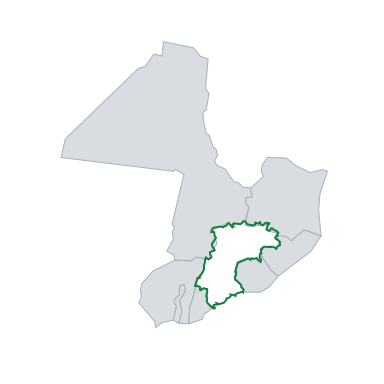 Guinea highlighted among its neighbors, rotated 284°
{"feature_id": "GIN", "entity_name": "Guinea", "entity_type": "country or territory", "adm_level": 0, "iso_a3": "GIN", "parent_name": "Africa", "parent_adm1": "", "projection": "albers", "projection_center": [-10.714, 9.945], "detail": "medium", "context": "with_neighbors", "style": "outline", "palette": "green", "viewbox_px": 384, "rotation_deg": 284, "n_neighbors": 7, "source": "natural_earth", "source_scale": "50m", "svg_char_len": 4282}
<svg xmlns="http://www.w3.org/2000/svg" viewBox="0 0 384 384"><g transform="rotate(284 192 192)"><path d="M63.2,204.9L58.1,194.5L51.7,189.6L57.4,187.2L71.5,167.2L77.8,168.4L84.1,165.6L91.2,165.6L105.8,173.1L121.9,192.0L125.0,207.8L129.8,211.6L130.3,220.8L117.5,222.3L108.2,219.0L78.1,217.9L63.4,220.9L61.4,210.7L73.2,211.2L83.5,206.3L94.6,209.5L100.2,206.6L97.7,202.7L89.4,204.8L84.3,201.5L80.2,201.6L77.3,204.7L63.2,204.9Z" fill="#d9dde1" stroke="#a8b0b8" stroke-width="1"/><path d="M131.1,225.7L129.8,211.6L125.0,207.8L121.9,192.0L126.3,189.6L128.5,181.8L141.5,185.2L148.8,182.6L153.7,183.5L155.6,180.5L207.2,179.8L209.9,170.5L207.6,169.0L193.8,56.7L212.9,56.2L299.1,110.2L302.4,116.2L316.4,121.5L316.8,129.9L330.9,128.0L332.3,158.2L325.7,167.3L324.9,175.5L296.1,179.9L291.6,184.7L275.1,185.9L271.8,183.4L264.8,185.5L252.9,191.3L250.6,195.5L240.7,201.7L239.0,205.2L233.7,208.0L227.4,206.3L223.9,209.6L222.2,218.8L212.1,229.9L212.4,234.4L209.0,240.1L210.0,247.8L201.6,251.6L199.5,245.9L193.5,247.2L191.1,251.1L175.7,250.4L171.7,246.6L172.4,242.6L170.7,241.1L168.0,242.4L171.1,234.7L161.3,222.6L158.7,222.3L147.8,228.8L136.5,223.9L131.1,225.7Z" fill="#d9dde1" stroke="#a8b0b8" stroke-width="1"/><path d="M173.1,251.4L191.1,251.1L193.5,247.2L199.5,245.9L201.6,251.6L210.0,247.8L224.2,257.6L228.7,254.2L234.8,253.6L243.8,256.8L247.8,275.6L242.5,286.9L239.4,301.9L245.4,313.2L244.9,318.4L221.1,316.6L205.4,319.2L180.6,327.8L182.3,310.0L168.6,300.1L171.4,294.2L170.0,287.8L170.6,283.9L172.7,283.9L172.4,275.5L178.5,272.0L172.1,256.0L173.1,251.4Z" fill="#d9dde1" stroke="#a8b0b8" stroke-width="1"/><path d="M63.4,220.9L78.1,217.9L102.0,218.8L100.3,224.7L101.3,229.1L93.0,233.0L89.1,232.7L83.2,239.1L76.3,233.4L70.9,232.5L63.4,220.9Z" fill="#d9dde1" stroke="#a8b0b8" stroke-width="1"/><path d="M170.6,283.9L171.4,294.2L168.6,300.1L182.3,310.0L180.6,327.8L163.4,321.8L131.1,295.9L135.0,287.8L147.0,274.4L153.3,272.6L158.8,280.7L157.9,286.1L160.5,288.9L164.2,288.9L166.9,283.6L170.6,283.9Z" fill="#d9dde1" stroke="#a8b0b8" stroke-width="1"/><path d="M107.5,267.7L114.5,261.9L118.3,255.4L125.0,252.6L135.4,252.7L141.9,263.0L143.4,275.2L147.0,274.4L135.0,287.8L131.1,295.9L118.1,289.6L111.3,282.4L107.5,267.7Z" fill="#d9dde1" stroke="#a8b0b8" stroke-width="1"/><path d="M63.2,204.9L77.3,204.7L80.2,201.6L84.3,201.5L89.4,204.8L97.7,202.7L100.2,206.6L94.6,209.5L83.5,206.3L73.2,211.2L61.4,210.7L63.2,204.9Z" fill="#d9dde1" stroke="#a8b0b8" stroke-width="1"/><path d="M148.1,272.9L144.9,273.4L142.7,275.6L140.7,275.4L141.8,272.8L143.5,270.7L142.1,268.3L142.0,265.8L140.3,265.3L141.0,262.4L134.3,253.6L125.1,253.3L124.9,254.3L122.0,254.9L120.3,254.2L118.3,254.6L117.3,255.1L116.6,257.1L114.0,261.5L113.0,262.5L111.3,263.0L110.4,265.1L109.0,265.8L107.7,265.5L106.9,265.8L107.2,264.2L105.6,262.2L105.1,260.8L103.4,259.2L101.7,259.3L102.2,257.9L101.8,254.1L101.0,254.8L100.1,254.6L98.4,253.5L97.5,252.4L97.2,251.2L95.6,251.3L92.2,249.7L89.9,245.7L90.1,242.8L89.0,243.8L87.8,240.6L86.4,240.1L85.9,240.4L85.2,242.3L84.2,241.8L84.3,240.4L87.8,234.3L89.1,232.9L92.1,232.4L94.5,231.0L98.6,231.0L101.5,230.1L101.4,226.4L98.7,224.2L98.7,223.7L100.0,223.1L101.2,223.1L101.9,222.4L102.3,220.2L101.6,218.7L101.6,217.6L110.0,218.2L110.3,220.1L110.9,220.3L112.0,219.6L113.7,220.7L118.8,222.2L120.2,222.3L123.5,221.4L126.5,221.6L129.5,221.1L131.9,221.4L130.5,224.1L133.0,226.5L134.3,226.4L136.1,224.5L137.9,224.0L140.8,228.1L141.9,227.5L143.9,224.9L146.4,223.9L153.2,226.3L153.7,226.2L154.4,224.8L158.3,223.3L158.6,222.4L157.8,220.5L160.1,220.3L162.4,221.3L165.3,227.7L165.3,231.0L166.7,231.7L167.3,233.1L170.8,235.0L167.4,239.8L168.1,240.1L169.9,239.3L171.6,240.0L172.6,246.7L173.1,247.3L176.0,248.9L176.3,249.4L176.3,251.0L174.1,253.5L174.4,259.8L175.8,261.1L177.6,260.9L177.3,263.9L179.2,265.3L177.1,266.7L176.9,269.2L179.1,270.1L180.0,271.1L180.5,274.2L180.3,274.7L179.8,274.7L178.6,273.5L173.6,273.3L173.0,276.3L174.5,277.3L175.7,277.4L176.2,278.6L174.7,281.5L174.9,282.9L173.7,285.1L173.4,285.6L170.8,285.0L170.0,285.6L168.8,284.0L167.7,283.9L167.1,284.3L166.7,286.4L164.7,289.6L163.8,289.4L161.7,290.2L159.8,288.0L157.2,287.6L158.2,285.5L158.4,283.7L157.4,281.0L156.4,275.2L154.2,273.4L153.5,273.8L152.9,272.7L149.2,274.1L148.8,273.1L148.1,272.9Z" fill="none" stroke="#15803d" stroke-width="2"/></g></svg>